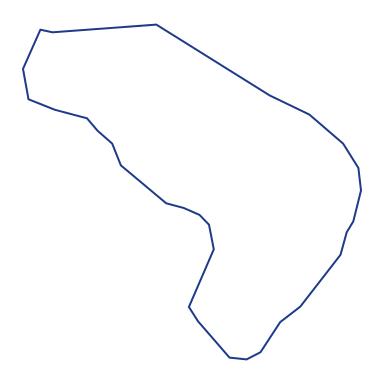 SVG path tracing the border of Gornji Petrovci
{"feature_id": "SVN-928", "entity_name": "Gornji Petrovci", "entity_type": "Municipality", "adm_level": 1, "iso_a3": "SVN", "parent_name": "Slovenia", "parent_adm1": "", "projection": "robinson", "projection_center": [16.198, 46.801], "detail": "fine", "context": "isolated", "style": "outline", "palette": "blue", "viewbox_px": 384, "rotation_deg": 0, "n_neighbors": 0, "source": "natural_earth", "source_scale": "10m", "svg_char_len": 484}
<svg xmlns="http://www.w3.org/2000/svg" viewBox="0 0 384 384"><path d="M52.5,32.3L156.3,24.6L269.6,95.4L309.4,114.6L343.1,143.6L358.4,168.0L361.0,190.5L353.3,221.4L346.7,232.3L340.5,254.8L300.3,306.6L280.2,322.1L260.5,352.2L246.6,359.4L229.5,357.6L198.1,321.4L188.9,307.0L213.8,249.3L209.0,224.7L199.5,214.9L183.5,207.9L166.2,203.3L120.9,165.4L112.2,143.6L97.6,130.8L87.0,118.3L54.9,109.8L28.5,99.3L23.0,68.9L40.4,29.7L52.5,32.3Z" fill="none" stroke="#1e3a8a" stroke-width="2"/></svg>